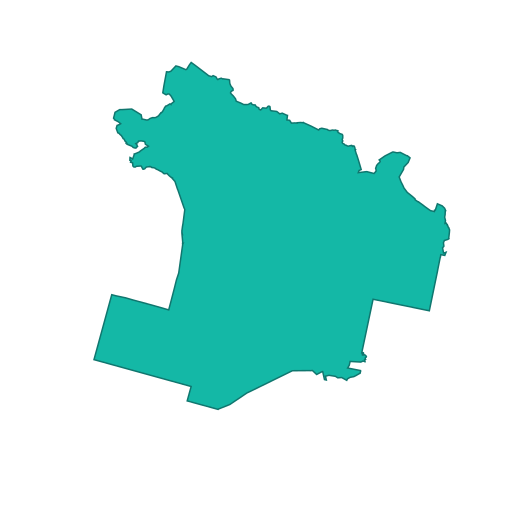 outline of Vecumnieku pag., Vecumnieku, Latvia, rotated 200°
{"feature_id": "27541924B63296928652800", "entity_name": "Vecumnieku pag.", "entity_type": "district", "adm_level": 2, "iso_a3": "LVA", "parent_name": "Latvia", "parent_adm1": "Vecumnieku", "projection": "albers", "projection_center": [24.515, 56.627], "detail": "fine", "context": "isolated", "style": "filled", "palette": "teal", "viewbox_px": 512, "rotation_deg": 200, "n_neighbors": 0, "source": "geoboundaries", "source_scale": "gbopen_adm2", "svg_char_len": 5976}
<svg xmlns="http://www.w3.org/2000/svg" viewBox="0 0 512 512"><g transform="rotate(200 256 256)"><path d="M378.2,414.3L383.1,415.7L383.9,413.0L385.0,407.7L385.7,407.1L393.3,407.5L396.3,407.2L399.2,400.5L400.9,399.1L403.1,398.5L400.8,384.7L400.5,383.1L399.4,377.5L399.3,377.4L395.6,376.7L394.2,378.2L392.7,378.5L391.6,377.8L390.6,377.3L385.8,373.3L386.0,372.8L387.8,369.9L387.9,369.7L387.8,369.3L388.6,369.5L388.9,369.5L391.3,366.5L392.2,365.9L392.2,365.7L392.7,363.9L392.8,362.3L393.1,360.9L393.2,359.7L393.5,359.1L394.4,358.0L394.2,357.7L394.6,357.2L394.9,356.5L395.5,354.4L397.4,352.0L398.8,351.2L400.5,350.7L402.6,349.0L403.7,347.3L405.0,346.4L409.1,345.9L409.9,345.6L412.2,349.4L423.0,351.6L431.6,347.9L434.2,346.9L437.6,342.8L437.2,339.1L437.0,336.8L435.5,335.9L435.5,335.6L431.1,335.0L428.4,334.0L429.7,332.4L430.3,332.1L430.6,331.5L431.2,331.2L431.1,329.2L431.0,328.1L428.4,325.0L428.0,324.5L426.5,324.4L425.8,323.9L424.4,323.3L424.0,323.3L421.7,321.6L421.1,320.9L419.9,320.7L418.3,319.1L416.9,318.6L416.7,317.8L416.4,318.1L415.8,317.7L415.5,316.9L410.0,316.7L408.6,316.0L407.4,316.0L406.6,316.1L405.7,316.4L404.8,318.6L405.5,319.0L405.9,319.8L407.4,320.5L405.9,322.0L405.7,323.8L405.3,323.9L403.3,324.9L400.5,325.4L399.4,325.2L398.2,323.2L394.6,322.4L395.4,321.1L397.3,320.3L398.0,318.7L399.0,317.4L400.8,314.8L401.0,314.1L403.7,311.5L405.4,310.1L405.1,309.5L405.1,307.7L405.1,304.9L407.5,305.5L408.1,305.5L407.2,302.7L405.8,302.7L405.9,301.2L403.8,301.3L402.5,298.5L401.4,297.9L400.0,298.2L399.0,299.4L395.0,301.2L394.6,301.2L392.1,299.0L392.0,298.9L391.3,299.1L390.3,300.0L390.1,300.7L389.5,302.0L388.4,302.7L388.0,302.8L387.7,303.1L386.6,303.4L386.4,303.9L385.2,303.9L385.0,303.6L383.8,303.5L383.5,303.7L383.2,303.8L381.4,304.1L381.1,304.0L379.4,303.5L377.9,303.5L375.5,303.1L372.9,302.8L371.6,302.2L371.3,302.2L370.8,301.9L370.3,301.9L367.7,303.2L366.8,302.6L364.9,301.7L363.0,301.0L361.2,300.7L361.3,300.3L357.6,298.3L356.2,296.5L352.5,291.8L352.2,291.6L340.3,276.9L338.8,275.3L335.7,261.5L335.2,258.6L334.2,254.1L333.5,252.6L332.8,251.5L333.2,251.6L329.6,243.9L329.3,242.7L328.9,242.9L329.0,242.5L322.8,213.6L322.6,206.5L321.6,197.0L320.2,182.2L319.6,175.5L336.6,174.3L356.5,172.6L364.2,172.1L374.0,170.7L378.3,170.3L372.8,103.2L272.3,111.2L271.7,103.6L271.6,102.9L271.6,102.3L271.1,96.3L239.1,98.9L238.9,99.4L229.8,107.5L217.6,124.3L215.4,126.5L182.8,160.4L182.4,160.7L181.6,161.0L166.6,166.6L165.8,166.8L163.8,167.7L158.5,165.4L154.2,170.1L153.8,170.2L149.4,163.3L147.5,163.5L149.6,166.8L147.2,168.5L146.4,168.9L140.2,170.1L137.5,169.5L133.9,171.1L128.2,170.2L128.0,171.9L127.0,173.1L126.0,174.2L122.8,176.1L121.2,177.8L118.7,180.8L118.1,181.3L118.3,183.7L118.6,184.1L131.6,182.1L131.0,185.2L131.5,189.1L121.2,192.2L120.3,193.1L119.6,193.8L118.5,194.0L117.4,193.9L117.4,194.1L118.5,195.6L117.7,196.3L118.1,196.6L118.5,197.5L118.3,198.1L117.9,198.6L117.8,199.1L118.2,199.6L119.8,200.3L120.5,200.2L121.1,199.7L121.8,199.4L122.3,199.5L122.3,200.0L122.2,200.4L121.8,200.9L121.6,201.3L121.9,201.7L122.1,201.8L122.4,201.8L123.5,201.1L124.6,208.8L131.2,255.4L74.4,263.8L80.3,304.1L80.5,305.1L82.4,317.6L82.3,317.9L82.8,320.5L78.8,321.1L78.8,324.2L78.7,324.2L78.7,324.5L79.6,323.7L80.8,323.0L83.5,327.5L82.9,329.0L82.8,329.5L84.4,332.6L84.3,335.0L81.4,337.2L80.6,338.3L81.0,338.7L82.3,344.2L83.0,346.7L84.4,348.3L84.5,348.5L84.9,348.5L86.7,350.6L86.8,350.4L88.6,352.0L89.5,351.3L90.1,354.2L92.0,357.0L92.4,359.4L93.6,363.3L93.3,363.5L95.1,365.4L98.2,366.8L103.4,367.1L103.2,360.4L103.9,360.1L103.6,358.8L107.6,358.3L114.0,360.1L116.4,360.9L121.7,362.4L121.8,362.5L122.2,362.3L125.6,363.2L126.1,364.1L129.1,365.3L135.6,367.5L139.1,369.8L140.1,370.4L142.0,372.4L145.1,375.3L148.3,379.0L148.5,379.2L147.0,387.7L147.0,388.0L147.5,390.1L145.0,395.9L144.8,400.9L145.0,401.0L148.1,402.0L148.8,401.8L155.9,402.7L158.8,401.2L162.5,400.7L163.2,400.4L169.0,394.2L173.1,388.4L172.4,388.1L171.7,387.5L171.6,387.2L171.8,386.5L172.1,385.7L172.7,384.9L173.1,383.8L173.6,382.4L173.6,381.3L173.5,380.3L173.6,379.7L173.5,379.1L172.7,378.2L172.4,377.3L172.2,376.9L172.9,374.9L173.3,373.9L180.6,373.2L181.2,373.0L188.4,369.3L188.4,371.6L186.7,373.2L192.0,380.4L195.6,385.1L196.3,385.9L196.5,386.0L199.1,389.5L198.8,390.0L199.3,390.2L199.6,390.5L199.9,391.2L201.0,392.6L201.5,392.9L201.8,392.9L202.0,392.8L202.5,392.0L203.2,392.1L203.4,392.3L203.5,392.6L204.1,392.6L205.3,391.8L206.8,390.8L207.6,390.6L209.0,390.9L210.0,390.7L210.6,390.9L211.4,391.3L211.9,391.4L212.6,391.4L213.2,391.6L213.7,392.0L213.9,392.2L214.0,392.5L214.0,392.9L213.8,393.3L213.8,393.6L214.0,394.1L214.5,394.5L214.8,394.9L214.9,395.4L214.8,396.5L215.2,397.6L215.7,398.9L215.9,399.2L216.7,399.8L218.9,399.7L221.3,400.3L221.6,400.6L221.8,401.7L222.3,401.7L223.2,401.5L224.3,401.6L226.0,400.7L226.8,400.7L227.2,400.5L227.5,400.4L228.7,399.5L230.0,399.0L231.1,398.9L232.1,399.3L237.6,398.6L238.0,398.5L239.7,397.3L240.1,396.0L240.3,395.8L242.2,396.1L248.6,396.9L255.5,397.4L256.0,397.5L257.3,397.4L257.4,397.5L257.5,397.3L259.8,396.7L262.9,395.3L262.8,395.0L265.7,394.1L266.0,393.9L268.2,393.0L270.8,395.0L273.5,394.4L274.5,398.9L275.1,398.8L280.2,399.2L282.3,397.7L285.9,398.9L287.0,398.7L291.2,397.7L291.7,397.7L292.5,398.2L293.9,401.0L294.1,401.2L294.5,401.3L295.3,401.2L295.8,400.8L295.9,400.7L296.6,398.8L297.0,398.4L300.4,397.5L301.4,395.1L301.6,394.8L302.9,394.9L303.8,395.4L303.8,395.8L303.9,396.1L304.4,396.3L305.9,396.3L307.0,396.5L308.3,397.6L308.7,397.7L309.5,397.2L311.7,397.1L312.7,398.1L313.0,398.2L315.3,395.6L319.3,394.1L322.5,394.5L327.5,394.7L329.0,396.7L332.0,398.6L334.8,399.9L335.7,400.5L335.8,401.0L335.6,402.1L335.2,402.8L334.4,403.5L334.2,403.8L334.3,404.0L334.6,404.9L335.0,405.5L337.5,407.0L338.0,407.4L339.7,409.3L341.0,412.2L341.4,412.4L341.7,412.5L342.6,412.3L347.3,411.3L348.0,411.0L349.3,411.2L349.6,411.1L351.4,409.8L352.0,408.9L352.4,408.7L352.7,408.8L354.9,410.6L358.0,410.8L359.0,409.4L362.1,409.2L364.8,410.1L378.2,414.3Z" fill="#14b8a6" stroke="#0f766e" stroke-width="1.5"/></g></svg>